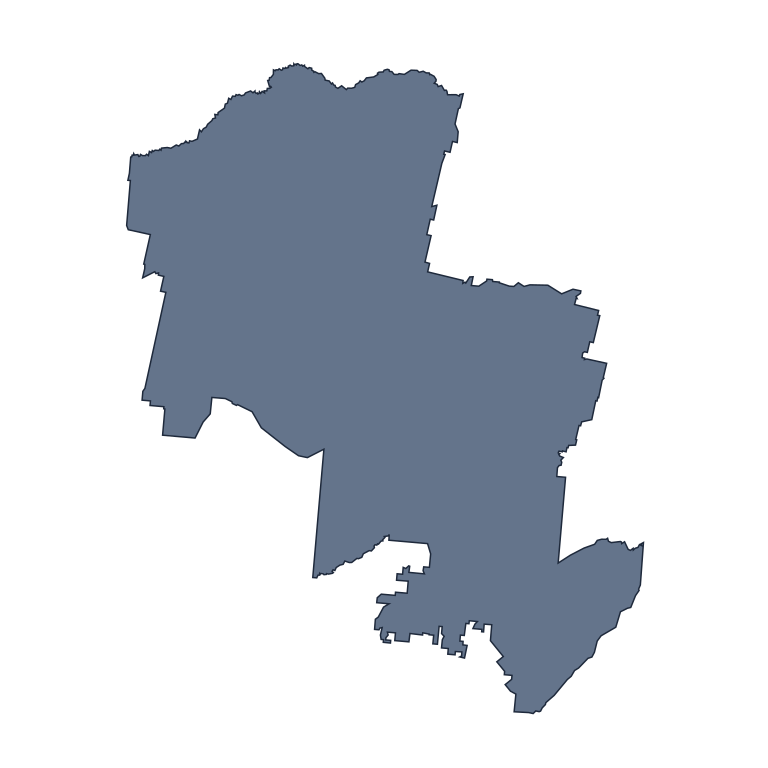 Northern Grampians, Victoria, Australia, rotated 275°
{"feature_id": "25037944B95428670663886", "entity_name": "Northern Grampians", "entity_type": "district", "adm_level": 2, "iso_a3": "AUS", "parent_name": "Australia", "parent_adm1": "Victoria", "projection": "natural_earth1", "projection_center": [143.135, -36.85], "detail": "fine", "context": "isolated", "style": "filled", "palette": "slate", "viewbox_px": 768, "rotation_deg": 275, "n_neighbors": 0, "source": "geoboundaries", "source_scale": "gbopen_adm2", "svg_char_len": 6158}
<svg xmlns="http://www.w3.org/2000/svg" viewBox="0 0 768 768"><g transform="rotate(275 384 384)"><path d="M493.9,572.0L494.9,564.0L489.3,553.1L496.7,538.6L495.5,520.8L493.4,515.0L496.6,509.0L492.5,504.9L492.4,500.3L494.9,490.0L495.6,490.0L495.6,483.4L497.4,482.9L497.4,477.4L495.6,477.3L489.7,469.9L489.7,462.4L498.6,463.4L498.1,460.1L491.7,456.7L492.5,455.8L491.1,453.7L494.0,453.8L499.5,417.7L508.1,418.9L509.0,414.2L535.9,418.0L536.5,413.6L552.2,415.7L551.7,419.2L566.7,421.1L564.9,416.1L608.9,422.4L617.9,424.9L618.1,423.5L621.4,424.0L620.6,429.6L631.6,431.1L630.9,435.9L641.8,435.9L649.2,432.1L664.8,434.1L665.7,435.6L680.0,437.6L679.0,434.3L677.4,433.8L678.5,430.6L677.7,422.1L681.1,421.2L682.2,420.2L681.7,418.6L686.4,415.3L685.0,412.0L687.1,410.9L688.0,407.8L690.2,409.4L691.9,409.4L694.9,407.1L696.6,403.2L696.2,402.6L697.8,401.9L697.6,398.9L699.0,395.8L697.6,391.9L699.3,389.7L699.0,383.6L694.2,377.3L694.5,371.9L693.6,371.0L693.3,367.1L695.9,364.6L695.9,362.2L697.5,361.6L697.8,359.9L696.6,356.8L694.8,356.0L694.2,351.8L693.0,350.4L691.8,350.9L689.0,347.0L687.4,339.8L684.3,337.8L682.9,335.6L684.0,333.8L681.8,332.6L679.8,329.6L677.0,329.0L675.8,326.0L675.6,322.1L674.0,320.8L677.4,315.8L674.5,312.3L675.7,309.7L677.2,309.3L677.5,307.8L679.4,306.5L678.3,305.5L681.1,303.0L681.6,298.9L683.5,298.4L687.9,294.6L687.5,291.9L689.0,288.2L688.4,287.0L689.4,286.8L690.3,284.8L692.3,284.4L692.7,281.9L691.4,280.7L693.4,277.2L694.6,277.0L693.5,275.3L694.7,274.3L694.0,272.6L695.4,270.7L695.5,269.7L694.3,269.0L695.0,268.4L694.2,267.1L695.1,266.3L693.1,266.3L692.7,264.3L693.5,262.7L692.2,260.9L690.9,261.2L690.1,259.0L690.7,258.4L689.7,257.7L690.0,255.8L688.3,255.6L687.6,254.4L688.9,252.1L687.7,251.2L687.6,249.0L686.6,248.3L687.3,246.5L682.8,246.8L679.5,244.7L679.2,243.3L676.6,243.1L676.2,241.7L670.3,244.0L670.7,245.1L669.8,245.9L668.6,244.5L668.3,242.0L665.8,241.7L665.6,239.1L663.6,239.6L664.9,237.1L662.7,235.8L664.3,234.4L662.5,234.1L661.9,233.0L662.9,232.4L662.4,231.3L663.6,230.0L664.6,229.9L662.7,228.1L664.3,225.6L661.9,220.7L659.8,219.5L658.7,216.9L659.8,214.4L658.9,213.3L659.4,211.4L657.6,210.8L657.6,208.0L654.1,206.7L655.1,204.4L650.1,203.6L649.0,201.5L644.9,201.0L640.0,195.1L637.7,195.0L637.8,192.0L634.3,192.9L633.3,190.3L631.4,189.6L627.4,185.7L624.4,184.5L622.6,181.9L619.3,180.1L621.1,178.1L611.8,176.8L609.0,171.6L609.3,169.1L607.2,168.7L607.1,167.6L608.6,165.5L607.5,165.5L607.8,164.7L606.1,163.4L605.8,161.2L603.2,158.9L604.0,156.2L600.3,151.2L600.7,147.5L599.6,141.8L597.5,141.5L598.4,140.2L597.0,139.3L597.0,135.6L595.6,134.0L596.4,132.8L594.3,132.3L595.3,130.0L591.0,129.4L592.2,127.5L590.7,126.3L590.5,123.5L591.5,121.4L589.6,120.9L589.3,119.9L591.1,118.8L590.3,115.4L591.7,114.6L590.1,114.3L590.0,113.1L588.3,112.9L588.0,111.9L571.7,112.0L564.6,111.1L564.6,113.6L519.5,113.8L515.4,115.8L512.5,138.2L482.5,134.2L482.3,135.3L478.0,135.6L468.7,134.3L475.9,145.9L474.1,147.1L475.0,149.7L472.8,149.7L472.0,155.3L457.0,153.3L456.3,158.7L358.8,146.2L355.7,144.4L346.8,144.4L346.8,152.8L342.2,152.8L342.2,166.7L340.1,166.7L340.0,167.9L313.7,167.9L313.7,200.5L330.3,207.1L339.1,213.5L355.6,213.7L355.7,227.2L353.1,234.0L351.4,234.6L349.8,238.9L350.7,239.9L344.9,255.0L329.7,265.6L313.1,291.0L305.1,305.1L304.0,314.1L313.8,329.8L185.0,329.9L185.0,333.9L187.8,334.9L188.0,336.4L189.5,336.4L188.8,337.0L189.7,337.4L189.6,339.9L188.8,340.8L189.3,343.2L190.1,343.3L189.8,345.3L190.9,349.1L191.7,350.0L192.9,348.6L194.5,349.5L193.9,351.3L197.0,352.4L199.7,355.8L200.8,359.0L204.2,360.4L203.1,365.0L203.4,367.4L207.9,372.2L207.7,373.7L209.4,377.0L213.1,378.2L216.7,383.7L216.6,386.0L220.1,388.7L221.7,388.2L223.1,389.1L222.9,390.9L224.2,391.5L224.0,392.5L227.1,394.6L227.7,396.6L228.6,396.2L231.3,398.3L232.1,397.6L233.1,401.7L234.6,402.3L228.8,402.5L228.8,441.3L218.8,445.3L205.3,445.2L205.3,439.5L201.4,439.2L198.4,440.8L198.5,425.2L204.7,425.5L205.0,424.5L202.1,421.8L203.0,419.1L196.1,419.1L196.1,413.6L189.6,413.6L189.7,425.3L177.6,425.3L177.6,413.6L174.4,413.6L174.4,399.6L170.5,395.9L165.5,395.8L165.5,408.2L161.7,403.0L151.3,398.6L148.9,395.9L138.7,396.0L138.7,400.4L140.5,401.2L141.2,403.4L133.6,402.3L129.3,403.4L129.3,405.8L126.6,405.8L126.5,413.0L129.2,413.0L129.2,408.0L131.4,408.0L134.3,410.0L137.1,409.0L137.1,417.1L129.3,417.1L129.3,431.3L137.7,431.6L137.3,444.3L139.5,444.3L138.8,450.8L138.1,450.8L138.1,455.4L129.4,455.3L129.4,459.9L147.4,460.0L147.4,463.1L140.4,463.1L137.9,465.9L134.4,464.4L126.1,464.3L126.1,471.1L120.4,471.1L120.4,478.4L123.7,478.4L123.9,484.9L119.8,485.0L118.7,483.3L118.0,488.1L130.8,489.6L131.0,485.3L134.5,485.2L134.5,482.0L140.5,482.0L140.5,485.9L152.6,486.4L152.6,489.5L155.6,489.6L155.5,497.7L152.7,495.5L148.1,493.9L148.1,502.9L145.7,502.9L145.7,504.8L153.5,504.7L153.6,512.3L137.6,512.4L122.9,526.6L117.1,520.6L108.3,529.2L104.9,529.2L104.9,536.9L100.9,536.9L95.1,530.9L89.0,536.8L86.6,542.4L68.8,542.2L69.3,556.8L68.7,561.3L71.5,563.7L71.1,567.1L71.8,568.5L75.1,569.8L78.7,572.7L80.7,573.0L88.7,580.7L105.6,592.4L109.2,596.0L115.2,598.8L118.0,602.6L128.5,611.1L130.1,614.9L135.1,617.0L146.5,618.8L152.1,622.2L161.9,636.1L177.7,639.4L181.8,646.0L182.9,649.3L195.1,653.0L200.6,656.1L201.8,655.5L206.1,656.9L248.7,656.3L247.0,653.8L245.4,654.9L246.3,652.5L243.3,651.2L242.3,648.6L240.3,646.8L242.0,646.5L239.7,643.9L240.6,641.6L247.8,637.4L245.7,634.7L247.3,634.3L247.7,633.3L245.8,624.2L246.9,621.3L249.8,620.2L248.7,618.9L248.3,614.2L246.8,610.1L242.7,607.8L238.0,597.6L229.8,584.7L220.8,573.1L306.9,573.0L306.9,564.2L315.8,564.1L318.1,565.6L318.5,567.5L321.5,567.9L323.5,566.8L326.4,569.1L327.5,565.4L329.1,564.3L329.9,565.2L330.5,563.6L331.4,563.7L332.4,564.2L332.0,567.5L332.9,567.6L332.3,571.3L336.6,571.8L336.5,572.9L338.9,573.3L339.8,580.1L345.2,580.9L345.4,579.8L359.7,581.9L359.5,583.5L363.5,584.2L366.6,594.1L385.8,596.4L385.6,597.7L389.4,598.2L389.1,599.0L406.9,601.0L408.9,602.6L409.5,601.9L424.0,604.0L426.6,583.9L425.8,581.5L427.2,581.7L427.6,579.0L432.1,579.2L433.6,580.9L433.2,583.8L444.0,585.3L443.5,588.9L470.9,593.0L471.1,590.7L475.9,591.4L479.8,566.9L486.2,568.0L486.0,568.9L488.0,567.7L491.4,571.8L493.9,572.0Z" fill="#64748b" stroke="#1e293b" stroke-width="1.5"/></g></svg>